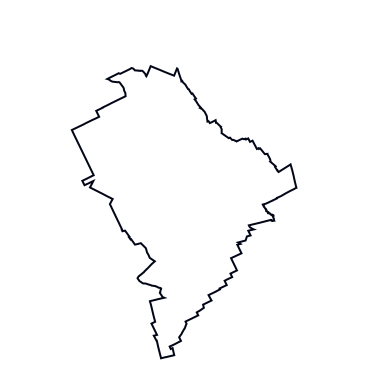 Río Segundo, Córdoba, Argentina (Albers equal-area conic projection), rotated 64°
{"feature_id": "61730980B13530253245747", "entity_name": "Río Segundo", "entity_type": "district", "adm_level": 2, "iso_a3": "ARG", "parent_name": "Argentina", "parent_adm1": "Córdoba", "projection": "albers", "projection_center": [-63.428, -31.688], "detail": "fine", "context": "isolated", "style": "outline", "palette": "ink", "viewbox_px": 384, "rotation_deg": 64, "n_neighbors": 0, "source": "geoboundaries", "source_scale": "gbopen_adm2", "svg_char_len": 5802}
<svg xmlns="http://www.w3.org/2000/svg" viewBox="0 0 384 384"><g transform="rotate(64 192 192)"><path d="M233.8,96.3L227.7,95.0L221.6,93.5L216.0,92.3L210.4,91.3L210.6,92.6L211.2,98.3L212.0,105.4L210.2,105.6L210.3,105.9L206.6,106.3L205.8,106.4L205.6,105.5L203.0,106.6L199.1,108.3L199.1,108.0L197.2,107.5L196.8,107.5L196.7,107.4L194.0,107.5L191.3,107.6L191.0,107.5L191.0,107.9L190.4,108.2L190.2,109.0L190.2,109.4L189.9,109.9L188.3,110.3L182.7,111.6L182.7,112.9L181.8,112.9L181.8,114.8L172.4,115.1L172.4,117.9L168.5,118.0L168.5,120.4L167.6,120.4L167.6,121.4L167.3,121.6L167.0,122.6L166.1,123.4L166.1,129.8L165.8,129.9L165.5,130.2L165.2,130.2L164.8,130.8L164.3,131.1L163.4,131.9L162.8,133.1L159.8,134.0L159.8,135.3L152.1,139.6L151.6,139.3L148.6,137.8L145.8,137.8L145.8,137.5L143.8,138.3L140.1,139.7L140.1,140.0L137.8,139.3L137.9,141.7L137.9,144.4L137.9,145.7L136.7,145.9L136.4,146.0L135.6,146.1L135.5,147.2L133.2,146.5L130.1,145.4L125.3,145.5L124.1,145.9L124.0,146.0L122.1,146.4L121.2,147.1L120.1,147.9L120.0,147.1L117.4,147.8L117.2,148.0L113.4,148.4L112.8,148.4L111.9,148.6L109.9,149.0L109.8,147.5L107.4,147.9L103.6,148.4L103.6,149.3L101.5,149.6L99.7,149.8L98.3,149.8L97.8,150.4L94.1,150.8L92.5,150.9L90.2,151.8L88.7,152.2L87.9,152.1L87.9,153.0L86.4,152.6L80.1,151.8L75.9,151.1L75.0,151.0L74.4,151.3L78.6,156.0L79.6,157.1L77.2,159.3L73.8,162.4L72.6,163.5L67.8,167.7L60.8,174.0L66.5,180.4L68.0,182.3L67.6,182.4L66.7,182.4L65.9,182.2L65.6,182.2L64.7,182.5L64.3,182.5L62.3,183.1L61.8,183.3L61.3,183.6L61.1,183.8L60.9,184.2L60.6,184.7L60.6,185.1L60.6,185.3L60.5,185.5L60.3,185.7L60.1,185.8L60.0,186.1L59.5,186.7L59.4,187.3L58.8,187.9L58.6,188.4L58.2,188.9L57.8,189.8L57.7,190.0L55.9,190.5L55.4,190.7L54.9,191.0L54.7,191.3L54.5,191.6L54.3,191.9L54.1,192.0L54.3,194.3L54.3,200.3L54.3,204.7L53.6,205.5L53.1,205.8L53.2,210.0L53.2,214.9L53.3,218.6L54.4,217.4L55.0,217.0L55.4,216.9L56.6,216.2L57.8,215.3L58.6,214.1L60.5,211.1L61.3,209.4L61.9,209.0L64.6,208.5L65.8,208.3L67.7,207.9L68.9,207.9L70.8,208.4L71.7,208.6L73.4,208.5L73.8,208.5L76.8,209.7L76.8,225.6L76.9,228.7L76.9,233.0L76.9,235.3L77.1,235.3L77.1,242.5L79.8,242.5L83.7,242.5L83.7,244.5L83.7,246.7L83.6,249.4L83.6,256.9L83.7,259.6L83.7,262.0L83.6,272.8L90.0,272.9L94.5,272.9L96.9,272.9L101.6,272.9L131.9,273.0L133.8,273.0L133.9,285.7L138.8,285.6L138.9,275.9L143.2,281.7L154.7,273.0L157.2,271.2L163.5,266.4L166.9,271.1L177.7,271.2L195.0,271.3L195.1,271.7L196.8,271.7L197.4,269.1L204.9,267.8L204.9,268.5L207.8,268.0L207.7,267.4L214.3,266.3L214.9,263.8L215.3,261.8L215.6,260.4L222.3,258.1L224.6,258.5L226.5,258.9L229.0,258.7L231.9,258.8L232.8,258.8L235.9,257.0L238.0,255.8L239.1,259.8L241.0,264.9L241.1,265.2L241.5,266.2L241.5,266.7L241.8,267.4L242.2,268.2L242.2,268.8L242.6,269.7L243.1,270.6L243.1,271.1L243.4,272.1L243.4,272.4L243.8,273.6L243.8,274.1L243.9,274.3L244.0,274.6L244.0,274.9L244.1,275.3L244.2,275.9L244.4,276.2L244.4,276.5L244.4,276.8L244.5,277.0L244.7,277.3L244.9,277.6L245.3,278.3L245.5,278.7L245.7,278.8L247.5,278.5L247.8,278.4L248.2,278.4L248.9,278.3L249.8,277.8L250.2,277.5L251.3,276.9L252.1,276.5L252.9,275.8L253.0,275.6L253.7,274.2L254.8,272.8L255.9,271.9L256.3,271.4L256.6,270.9L257.2,270.4L257.3,270.2L258.3,269.4L258.6,269.1L259.3,267.9L259.6,267.6L259.8,267.2L260.1,266.9L260.3,266.6L260.4,266.3L261.0,265.9L261.2,265.6L261.9,264.9L262.3,264.8L262.6,264.5L263.4,263.9L263.7,263.4L264.1,263.0L264.3,262.6L264.6,262.5L264.8,262.3L265.2,262.0L265.7,262.3L265.9,262.6L266.2,263.0L266.5,263.3L266.9,263.6L267.2,263.9L267.6,264.1L267.9,264.4L268.2,264.5L268.3,264.9L268.5,265.1L269.9,265.0L270.7,264.8L272.5,264.6L273.3,264.5L274.1,264.0L274.9,263.3L273.5,269.3L271.7,277.7L276.1,278.5L286.8,280.9L292.5,282.0L292.5,286.1L295.6,286.1L299.4,286.1L305.1,286.1L304.4,289.3L310.0,289.1L310.1,288.8L316.9,290.4L327.9,292.7L328.5,289.8L329.3,286.5L330.9,279.5L323.8,277.9L323.8,279.9L321.1,279.8L321.2,277.1L321.2,273.9L321.0,267.2L316.9,267.2L316.2,265.9L315.4,264.4L314.8,263.3L314.3,262.7L314.1,262.6L312.9,260.7L312.0,259.5L311.8,258.9L311.3,258.5L311.0,257.7L310.1,257.1L309.7,256.5L308.9,255.7L308.1,254.7L305.6,254.6L305.6,240.5L302.3,240.5L302.0,236.6L301.3,232.1L298.1,231.4L298.1,227.1L298.1,222.0L295.5,222.2L291.9,222.3L292.0,214.3L291.9,214.3L291.8,209.5L290.8,209.5L290.9,201.6L286.1,201.6L286.0,198.9L286.1,193.2L282.2,193.2L282.2,188.6L282.2,186.0L278.7,185.9L272.1,185.9L268.6,185.9L268.8,174.4L259.3,174.4L259.9,171.2L258.6,171.9L257.6,172.6L259.1,165.1L256.0,162.1L256.7,158.4L251.5,158.4L252.7,152.9L251.7,153.8L249.4,155.2L248.9,155.4L248.3,155.5L246.9,155.5L249.4,144.3L250.2,140.4L251.7,133.1L251.8,133.0L252.0,133.0L252.2,133.3L252.3,133.3L252.5,133.3L252.7,133.1L252.7,132.8L253.0,132.6L253.3,132.5L253.4,132.2L253.2,131.9L253.3,131.6L253.5,131.4L253.8,130.7L253.6,130.7L252.6,130.7L252.4,130.5L252.2,130.2L251.9,130.1L251.6,130.1L251.0,130.2L250.2,130.0L249.6,130.1L249.4,130.0L249.2,129.6L249.2,129.1L248.8,129.0L248.4,129.1L247.9,129.5L247.9,129.9L248.1,130.2L248.0,130.3L247.9,130.4L247.7,130.2L247.4,130.1L247.2,130.5L247.1,130.9L246.9,131.0L246.4,131.0L246.2,131.1L245.8,131.3L245.8,131.5L245.7,131.6L245.3,131.5L245.2,131.5L244.8,131.9L244.7,132.0L244.1,132.1L244.2,132.5L244.5,132.7L244.5,132.9L244.3,133.0L244.2,133.0L244.0,132.9L243.7,132.6L243.3,132.5L243.1,132.6L242.5,132.9L242.1,133.1L241.9,133.2L241.9,133.4L241.9,133.6L241.6,133.7L241.3,133.5L240.8,133.0L240.6,133.0L240.3,133.3L239.9,133.2L239.6,133.3L239.4,133.1L239.0,133.3L238.5,133.5L238.2,133.5L237.9,133.6L237.4,133.7L237.1,133.7L236.9,133.6L236.5,133.9L236.3,133.8L236.2,133.5L235.9,133.4L235.5,133.4L235.1,133.8L234.8,133.9L234.3,133.9L234.9,130.6L235.0,118.4L234.5,118.3L234.6,117.4L234.7,113.7L234.3,108.5L234.2,105.6L234.1,103.0L234.1,99.7L234.1,98.8L234.0,98.6L234.0,96.3L233.8,96.3Z" fill="none" stroke="#020617" stroke-width="2"/></g></svg>